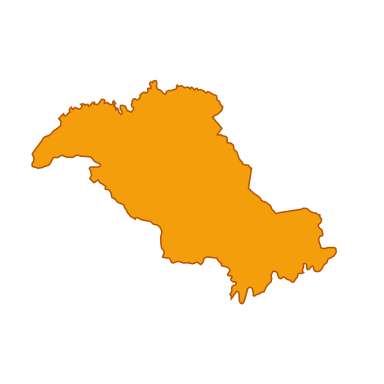 Itarantim, Bahia, Brazil, rotated 132°
{"feature_id": "56859067B61683071099200", "entity_name": "Itarantim", "entity_type": "district", "adm_level": 2, "iso_a3": "BRA", "parent_name": "Brazil", "parent_adm1": "Bahia", "projection": "mercator", "projection_center": [-40.038, -15.683], "detail": "fine", "context": "isolated", "style": "filled", "palette": "amber", "viewbox_px": 384, "rotation_deg": 132, "n_neighbors": 0, "source": "geoboundaries", "source_scale": "gbopen_adm2", "svg_char_len": 6030}
<svg xmlns="http://www.w3.org/2000/svg" viewBox="0 0 384 384"><g transform="rotate(132 192 192)"><path d="M279.9,327.8L278.1,324.3L277.4,322.3L275.5,320.9L274.4,319.8L273.2,319.4L271.5,318.5L269.9,317.5L268.2,316.5L265.1,316.5L260.0,318.0L258.1,317.3L257.1,315.6L255.9,314.7L253.6,314.1L251.6,313.2L251.2,311.7L249.9,308.3L247.9,306.3L246.9,304.5L245.6,303.7L243.9,302.9L242.3,302.6L240.9,301.6L240.3,299.8L239.5,298.2L237.2,295.5L236.1,293.9L233.9,291.0L233.8,289.2L234.1,287.1L234.5,285.3L234.3,283.7L233.1,280.7L232.9,278.6L234.3,277.5L236.1,278.3L237.4,279.6L241.1,284.0L243.1,284.2L244.1,281.7L244.8,280.4L245.8,279.3L246.6,278.0L248.6,277.3L250.5,276.9L250.5,274.8L250.8,271.2L249.6,270.6L247.5,270.4L245.8,269.6L246.5,267.8L246.6,265.6L245.9,263.9L245.8,261.7L245.4,259.9L246.7,259.4L247.9,258.4L247.4,257.1L246.3,256.1L246.1,254.0L246.6,252.5L247.0,251.2L248.0,250.3L249.6,247.8L248.8,243.8L249.3,242.0L249.3,240.2L247.2,234.4L247.9,232.9L248.8,231.4L249.1,229.6L249.6,227.8L250.4,226.5L251.2,221.2L250.8,218.8L250.2,217.4L250.4,216.1L248.8,216.3L247.4,215.4L247.0,213.4L246.5,211.3L244.3,207.3L242.0,203.8L241.6,202.3L241.8,199.4L241.1,197.9L240.1,196.5L239.5,194.7L239.7,191.9L240.4,190.1L241.1,188.8L242.3,187.3L245.9,185.4L247.1,184.5L251.4,180.3L252.5,178.8L253.8,177.5L254.7,173.4L255.4,172.3L256.5,171.6L258.6,170.9L260.1,170.3L259.4,168.8L257.5,166.1L256.6,164.9L256.7,163.0L257.7,161.1L258.0,159.7L257.2,158.3L255.5,157.7L253.6,156.4L252.3,155.0L251.5,153.6L251.1,151.8L250.0,150.3L248.6,149.1L247.0,147.0L244.9,143.4L243.3,142.5L241.2,141.7L240.5,140.3L240.4,138.4L239.9,136.8L237.7,136.8L236.0,137.0L234.4,138.2L233.0,138.5L231.8,138.1L230.3,137.3L229.0,135.9L227.9,134.3L226.8,132.3L225.5,130.9L224.5,129.4L225.2,127.8L225.7,123.8L225.2,122.4L226.4,121.8L227.0,120.5L224.4,116.0L224.1,114.3L224.1,112.6L225.0,111.3L229.8,110.3L229.6,108.6L228.2,107.2L228.3,105.4L230.2,105.2L231.4,104.1L231.4,101.7L230.8,100.5L229.6,99.5L230.7,97.7L232.4,97.5L233.5,98.6L235.4,99.0L236.9,98.1L239.4,95.9L241.3,95.6L242.9,95.1L242.8,93.5L245.1,91.4L242.6,91.5L240.7,92.0L238.9,92.0L237.3,92.4L235.7,92.2L235.4,90.5L236.0,89.1L241.3,83.9L242.1,81.6L241.3,79.7L239.2,79.8L237.5,80.6L235.7,81.2L231.3,83.5L228.2,84.9L227.1,85.9L224.8,85.8L223.8,84.7L223.2,83.0L226.1,78.7L227.9,77.4L227.7,76.0L226.1,75.5L224.6,75.3L222.5,73.7L221.0,73.7L219.8,73.1L218.1,71.8L216.6,72.1L214.1,72.9L211.9,73.5L208.0,73.5L205.7,73.2L202.7,75.0L201.9,76.9L200.0,77.9L198.5,78.3L196.9,78.6L195.6,77.7L195.1,76.0L194.9,74.6L195.9,73.4L196.7,72.1L197.8,69.6L196.9,67.8L195.2,67.8L193.7,66.6L193.3,65.3L193.5,63.6L193.0,62.0L192.0,60.2L192.1,58.6L191.9,57.0L190.3,56.2L186.6,56.8L185.3,56.7L183.9,57.2L182.2,58.3L180.5,57.7L179.2,56.0L177.2,55.2L177.1,56.8L175.7,58.0L173.8,58.6L172.4,59.6L170.9,61.0L169.3,60.1L169.3,57.9L171.8,56.0L172.4,54.2L171.3,53.4L169.6,53.3L167.5,53.5L166.4,52.6L166.5,51.2L167.7,50.3L168.6,48.3L167.9,46.3L167.0,45.1L164.4,43.9L162.5,44.0L160.2,44.7L157.8,45.2L154.6,44.5L153.2,44.9L151.9,45.7L150.2,46.0L148.6,45.0L147.0,44.6L144.9,43.8L142.0,44.1L140.1,44.6L137.7,47.5L138.0,48.9L139.3,50.4L140.7,52.1L142.4,53.8L144.2,54.7L145.2,55.9L146.4,56.8L147.1,58.8L143.2,65.4L142.1,66.3L140.5,67.1L138.8,67.0L137.5,66.0L136.1,66.0L135.2,67.8L134.0,68.9L133.2,70.7L133.5,73.0L133.1,74.8L131.8,76.3L128.5,75.8L126.9,76.8L125.7,77.2L125.2,78.8L125.0,80.2L123.5,81.6L124.7,83.6L124.5,85.2L125.3,86.6L126.3,87.8L126.6,89.5L127.4,90.9L127.3,94.5L127.9,96.2L128.7,97.4L129.7,98.5L131.4,99.0L148.3,112.8L152.0,115.3L151.6,117.1L151.3,121.5L150.4,122.9L149.7,124.6L149.7,126.1L149.9,127.5L150.3,130.9L151.6,133.3L151.9,134.9L150.9,136.8L150.9,140.3L151.6,144.3L151.6,149.0L151.3,150.8L151.7,152.2L150.6,153.1L134.4,163.7L135.3,165.0L134.6,166.4L134.4,168.2L135.7,169.8L136.7,171.5L137.1,173.3L136.2,174.9L136.2,176.8L135.4,180.1L134.4,181.6L133.8,182.9L132.2,185.5L132.2,189.1L131.4,190.5L130.4,191.4L129.6,193.0L129.6,195.5L130.5,197.1L131.6,198.1L131.3,199.5L129.7,200.5L128.6,201.8L128.0,203.7L129.8,207.1L130.1,209.1L131.7,210.2L132.6,211.6L124.7,212.4L122.7,226.8L119.1,226.0L117.4,225.0L111.4,224.5L108.1,226.1L108.0,228.4L107.8,229.9L106.9,231.2L106.3,233.0L106.9,234.5L106.2,235.8L105.0,237.0L104.1,238.4L104.8,240.0L105.9,244.0L106.1,245.9L106.9,247.5L108.9,247.8L109.2,251.9L109.9,253.0L110.2,254.4L112.3,255.8L111.5,257.6L112.8,258.3L114.6,258.4L114.1,260.1L114.4,262.5L116.7,262.6L116.4,264.1L116.9,265.4L119.6,267.4L119.7,269.5L120.1,271.1L122.8,272.7L122.4,274.5L123.8,274.3L125.1,273.0L127.0,273.0L128.4,274.4L130.2,275.0L132.1,277.2L134.6,278.3L135.9,277.2L137.3,277.2L137.9,279.8L137.4,282.2L137.6,284.2L138.6,285.8L138.0,287.9L137.1,289.3L135.3,290.4L134.0,291.6L133.4,293.4L134.7,294.5L135.9,295.1L137.0,294.4L138.1,296.5L140.4,295.8L140.8,293.6L142.5,291.8L143.2,293.0L144.7,294.2L146.6,292.1L149.1,292.0L149.9,294.5L153.2,295.5L155.0,295.4L155.8,294.3L157.8,293.8L159.7,294.0L160.7,295.3L161.1,297.2L162.3,297.7L164.2,297.5L165.3,296.4L167.7,295.5L168.9,293.7L168.3,292.0L169.9,290.8L173.5,290.6L174.1,293.1L174.9,294.5L172.9,298.8L173.8,301.3L175.5,303.0L177.9,301.4L179.2,297.8L180.1,296.6L181.8,296.6L181.7,300.1L180.2,301.1L179.8,303.9L181.8,303.5L180.1,305.9L180.7,307.6L177.4,307.9L176.6,311.1L178.0,311.1L179.6,309.5L181.9,311.3L181.9,314.5L184.8,316.4L182.3,317.9L182.3,319.5L183.7,321.2L186.4,320.8L188.3,320.8L190.3,320.5L191.2,322.4L192.1,323.7L190.6,324.4L191.8,325.8L195.7,325.8L197.4,325.9L196.6,327.9L197.6,329.3L199.2,329.3L199.0,331.6L201.3,333.4L201.5,331.4L203.4,330.6L205.5,330.9L206.2,332.0L207.4,335.6L210.3,335.5L209.8,338.6L212.8,338.4L214.6,336.1L216.1,336.7L218.6,336.6L220.0,336.9L220.7,338.2L219.7,339.8L222.5,340.2L224.5,339.9L226.8,340.1L226.8,337.8L227.5,336.3L230.0,334.3L231.2,334.1L234.8,334.6L239.3,335.8L241.4,335.6L244.8,335.8L246.4,336.5L249.4,338.3L251.7,338.5L254.0,338.0L260.3,337.3L265.0,337.0L266.9,336.6L268.4,336.6L270.7,336.2L272.0,333.1L273.0,331.8L274.0,331.0L275.3,330.2L276.7,330.2L278.3,329.6L279.9,327.8Z" fill="#f59e0b" stroke="#b45309" stroke-width="1.5"/></g></svg>